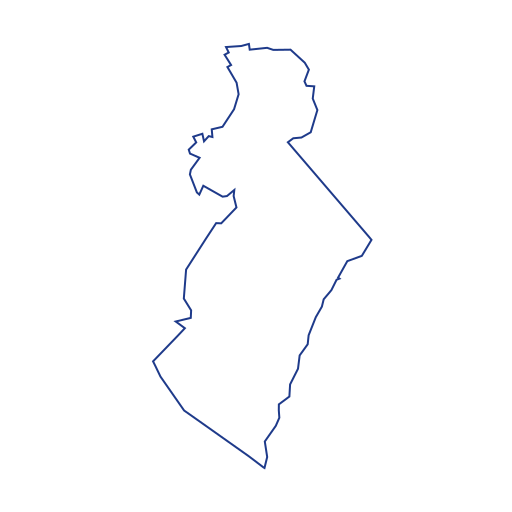 the district of Orangeburg, South Carolina, United States of America, rotated 262°
{"feature_id": "52423323B42791453202127", "entity_name": "Orangeburg", "entity_type": "district", "adm_level": 2, "iso_a3": "USA", "parent_name": "United States of America", "parent_adm1": "South Carolina", "projection": "mercator", "projection_center": [-80.709, 33.442], "detail": "fine", "context": "isolated", "style": "outline", "palette": "blue", "viewbox_px": 512, "rotation_deg": 262, "n_neighbors": 0, "source": "geoboundaries", "source_scale": "gbopen_adm2", "svg_char_len": 1215}
<svg xmlns="http://www.w3.org/2000/svg" viewBox="0 0 512 512"><g transform="rotate(262 256 256)"><path d="M255.9,372.6L258.7,370.9L364.2,303.4L367.4,309.3L367.0,317.5L370.9,327.4L392.0,337.1L404.0,334.1L415.9,337.3L417.5,329.7L422.2,328.3L433.2,334.3L440.6,331.2L455.5,318.9L457.7,301.8L460.6,296.0L461.2,278.5L467.0,278.5L466.0,270.6L467.1,255.4L461.3,257.3L459.7,252.9L448.6,257.9L447.1,254.0L430.3,260.9L418.6,261.3L404.4,254.7L388.6,240.8L387.6,229.8L379.9,229.4L381.3,225.9L376.8,220.5L384.5,219.9L382.9,210.5L376.8,212.6L370.7,204.2L366.6,204.9L361.1,213.8L350.5,203.5L346.0,201.9L327.2,206.3L324.7,208.4L332.9,213.6L319.4,231.2L319.4,235.6L324.4,243.7L318.5,242.2L306.8,243.4L293.2,226.1L294.1,221.1L280.2,208.9L252.3,184.9L223.9,178.6L211.2,184.2L203.8,182.8L202.3,167.4L194.4,175.5L187.5,166.9L166.0,139.4L160.9,141.1L149.9,144.6L113.0,163.3L102.6,174.4L58.6,221.1L45.6,234.0L44.9,234.9L55.4,239.1L71.1,238.9L85.1,252.0L92.6,256.6L100.0,257.1L105.9,258.0L112.2,269.5L124.1,271.9L138.5,281.9L151.5,285.4L161.4,294.9L170.2,297.1L187.1,306.7L196.7,314.2L203.7,317.0L211.7,325.9L221.3,332.5L222.0,335.5L223.2,334.3L238.2,345.7L241.4,360.8L255.9,372.6Z" fill="none" stroke="#1e3a8a" stroke-width="2"/></g></svg>